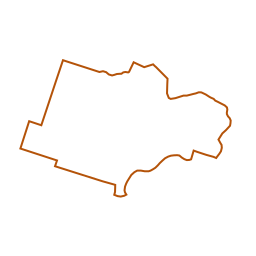 the district of Suong, Kâmpóng Cham, Cambodia, rotated 287°
{"feature_id": "14789045B38579043699955", "entity_name": "Suong", "entity_type": "district", "adm_level": 2, "iso_a3": "KHM", "parent_name": "Cambodia", "parent_adm1": "Kâmpóng Cham", "projection": "robinson", "projection_center": [105.675, 11.93], "detail": "fine", "context": "isolated", "style": "outline", "palette": "amber", "viewbox_px": 256, "rotation_deg": 287, "n_neighbors": 0, "source": "geoboundaries", "source_scale": "gbopen_adm2", "svg_char_len": 1444}
<svg xmlns="http://www.w3.org/2000/svg" viewBox="0 0 256 256"><g transform="rotate(287 128 128)"><path d="M173.8,46.0L152.0,45.4L105.3,44.3L105.6,31.5L76.9,31.1L76.2,69.6L70.1,69.4L69.6,119.2L69.9,132.4L67.1,133.2L63.0,134.3L60.1,134.4L59.8,137.9L60.3,141.1L62.1,144.2L63.8,145.9L65.6,143.9L67.4,142.9L71.1,142.3L74.2,142.5L76.7,142.9L79.7,143.7L84.1,144.9L87.6,147.0L89.9,149.2L91.0,152.6L91.5,156.5L92.6,160.3L93.8,162.0L96.0,164.1L98.0,165.8L100.9,167.4L103.8,168.7L106.8,170.4L109.9,172.3L112.4,174.8L114.1,177.2L115.3,179.9L116.4,183.0L116.7,185.2L115.5,188.0L114.7,190.9L114.5,193.6L115.4,196.0L116.5,197.5L125.6,197.4L125.4,201.1L125.2,210.7L125.4,218.2L125.1,221.1L126.9,221.7L130.1,222.9L132.9,223.7L136.5,223.5L139.2,222.4L140.5,220.9L143.4,217.9L150.4,219.8L154.6,222.3L160.0,224.9L162.5,224.6L165.2,224.0L167.1,222.4L168.4,220.2L170.2,218.5L171.7,218.0L174.7,217.6L176.6,216.6L177.9,213.9L178.5,210.5L179.3,206.1L179.7,203.4L180.9,201.4L181.2,198.8L181.5,197.1L182.8,192.5L183.5,187.7L182.8,185.2L180.9,182.7L179.6,180.4L178.3,178.3L176.2,174.8L175.2,171.6L173.5,169.1L170.4,164.6L168.3,160.3L168.7,158.2L172.5,155.2L181.6,152.7L186.7,151.4L194.5,136.9L194.9,135.9L196.2,133.4L190.9,125.7L192.5,114.2L182.0,112.6L181.2,111.9L180.8,109.1L179.8,107.2L178.0,105.9L177.3,103.9L176.4,101.6L174.9,99.5L173.6,97.4L173.6,94.0L175.0,90.8L175.0,87.5L173.2,84.3L173.4,71.8L173.8,46.0Z" fill="none" stroke="#b45309" stroke-width="2"/></g></svg>